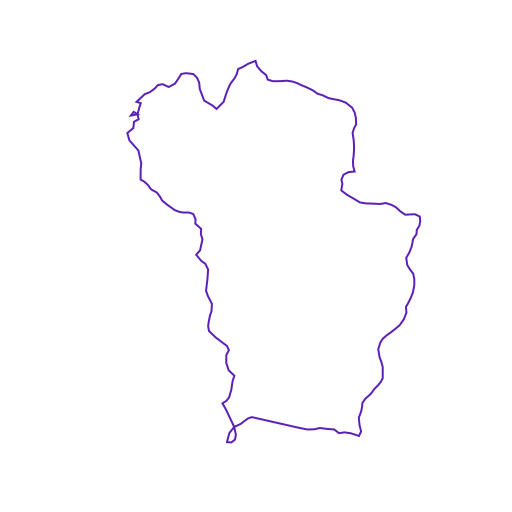 outline of Tabatinga, São Paulo, Brazil, rotated 107°
{"feature_id": "56859067B81349085516889", "entity_name": "Tabatinga", "entity_type": "district", "adm_level": 2, "iso_a3": "BRA", "parent_name": "Brazil", "parent_adm1": "São Paulo", "projection": "albers", "projection_center": [-48.634, -21.727], "detail": "fine", "context": "isolated", "style": "outline", "palette": "violet", "viewbox_px": 512, "rotation_deg": 107, "n_neighbors": 0, "source": "geoboundaries", "source_scale": "gbopen_adm2", "svg_char_len": 2673}
<svg xmlns="http://www.w3.org/2000/svg" viewBox="0 0 512 512"><g transform="rotate(107 256 256)"><path d="M155.1,410.7L159.6,408.2L163.3,411.9L169.5,410.7L176.0,415.0L182.4,410.9L186.4,404.4L189.5,399.3L195.2,396.1L200.9,392.8L206.7,391.7L211.4,390.3L216.6,388.7L217.6,384.5L219.6,380.3L223.0,375.7L224.3,369.3L227.1,365.5L230.5,361.8L232.9,356.0L235.9,347.0L236.2,342.4L235.7,338.2L234.0,332.7L234.2,328.3L238.4,324.6L242.8,323.5L246.1,316.4L251.2,315.1L255.9,312.0L261.9,311.6L266.8,311.1L272.3,313.6L276.6,307.0L278.3,302.1L283.0,297.8L292.7,295.6L297.9,294.7L303.9,293.6L308.2,290.4L314.6,284.2L321.7,282.4L326.2,282.6L332.6,282.0L337.0,281.3L341.5,279.0L343.7,274.6L345.6,270.9L347.3,266.3L349.1,261.4L350.5,257.5L354.0,254.4L359.5,255.4L367.1,253.1L373.4,248.6L376.8,241.7L382.6,241.8L391.2,240.5L399.2,240.4L403.2,242.0L406.7,245.0L411.3,240.1L421.7,230.6L425.9,226.9L421.1,221.6L413.8,216.3L411.3,212.9L407.8,165.3L406.8,155.8L404.6,149.4L401.8,144.6L400.7,138.0L399.0,130.4L401.2,124.9L398.8,119.9L397.8,113.4L398.0,104.9L393.0,104.2L387.2,107.7L380.5,110.4L373.9,110.0L369.5,110.4L365.5,111.3L360.7,109.8L354.1,105.8L348.7,104.0L343.7,101.4L339.7,99.8L335.8,99.1L325.3,102.3L320.7,105.1L316.9,108.1L309.5,111.8L302.7,111.8L298.3,110.7L293.4,107.7L290.1,105.1L285.3,101.7L280.2,98.4L273.2,96.1L266.2,95.6L260.8,97.7L257.0,96.8L251.2,95.8L244.7,95.3L237.6,96.1L231.7,97.9L226.9,100.5L223.9,104.8L220.3,108.8L213.8,111.8L207.9,110.4L201.2,109.9L193.8,110.7L188.1,108.9L184.0,109.9L179.3,108.6L174.4,109.2L170.4,110.9L169.6,116.2L171.0,120.3L172.9,125.3L171.1,131.0L168.5,136.4L167.5,141.4L167.4,147.3L170.0,152.6L171.6,159.0L173.5,166.0L174.4,172.2L172.4,180.1L171.0,186.4L168.4,193.6L161.7,194.5L158.1,196.6L152.7,196.1L148.6,191.9L146.4,186.4L141.7,189.3L136.7,191.1L131.2,192.0L123.9,193.8L117.0,196.3L110.1,199.6L105.3,199.6L100.8,198.7L94.5,201.0L90.1,203.5L86.1,207.4L83.1,214.9L82.7,222.3L83.4,228.1L83.8,232.9L82.8,239.4L82.8,244.5L80.8,250.8L79.8,257.8L79.4,262.5L78.7,266.8L78.5,272.0L79.3,277.6L81.7,283.9L83.9,291.0L83.9,296.4L80.0,299.2L77.8,304.8L74.2,310.5L69.5,313.5L74.5,319.7L79.4,324.2L82.4,327.7L87.6,327.6L91.7,328.3L98.7,330.8L103.5,331.5L110.2,332.0L117.9,332.0L126.9,336.7L124.8,341.7L123.7,346.1L122.6,351.0L112.7,358.6L106.7,361.1L102.7,364.6L100.3,369.2L101.6,376.3L103.7,380.6L109.1,382.1L114.9,383.9L119.9,388.9L119.0,395.5L121.2,399.8L125.6,401.9L130.6,405.6L133.6,409.6L138.8,412.6L143.5,415.3L143.5,410.9L148.3,411.0L155.1,410.7ZM425.9,226.9L433.0,229.7L437.7,229.6L442.5,229.3L441.5,225.1L437.7,222.4L432.7,223.0L425.9,226.9ZM155.1,410.7L153.9,415.1L158.3,416.7L155.1,410.7Z" fill="none" stroke="#5b21b6" stroke-width="2"/></g></svg>